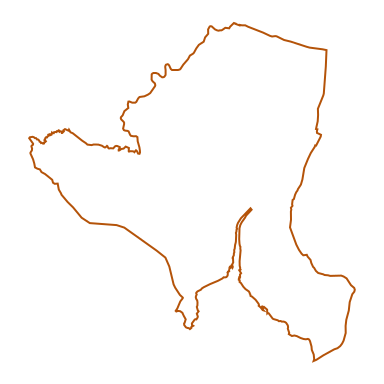 the district of Kota Gorontalo, Gorontalo, Indonesia
{"feature_id": "22746128B66202348563483", "entity_name": "Kota Gorontalo", "entity_type": "district", "adm_level": 2, "iso_a3": "IDN", "parent_name": "Indonesia", "parent_adm1": "Gorontalo", "projection": "albers", "projection_center": [123.046, 0.534], "detail": "fine", "context": "isolated", "style": "outline", "palette": "amber", "viewbox_px": 384, "rotation_deg": 0, "n_neighbors": 0, "source": "geoboundaries", "source_scale": "gbopen_adm2", "svg_char_len": 5939}
<svg xmlns="http://www.w3.org/2000/svg" viewBox="0 0 384 384"><path d="M233.9,23.0L230.1,26.7L229.2,28.3L225.3,27.8L222.2,30.0L221.2,30.4L220.0,30.3L218.7,30.7L217.2,30.4L215.0,29.4L211.7,26.4L210.5,26.2L209.7,26.5L208.1,29.4L208.2,33.8L205.1,37.4L203.7,41.7L198.9,44.8L196.3,48.4L193.9,52.8L193.0,53.7L189.9,55.6L188.0,59.2L183.3,64.6L180.4,69.0L179.8,69.5L178.0,70.0L172.0,70.0L170.8,69.0L169.2,65.5L168.4,64.5L167.7,64.2L166.0,64.7L165.5,65.5L165.2,66.9L165.6,70.0L165.6,74.3L165.5,75.1L164.3,76.8L163.4,77.2L162.2,77.3L159.9,75.7L158.4,73.9L156.0,73.0L153.4,73.0L152.3,73.6L151.7,74.3L151.6,79.7L152.6,81.3L154.9,83.4L155.3,85.2L155.0,86.2L150.2,93.1L148.0,94.6L144.4,96.3L139.5,97.0L138.2,98.4L136.3,101.9L135.2,102.7L132.3,102.7L129.4,101.5L128.4,101.6L127.8,104.5L128.3,108.0L124.4,111.1L122.7,115.3L120.9,117.3L120.8,118.4L121.2,119.4L123.7,121.9L124.1,122.7L124.1,124.2L123.1,128.6L123.9,130.1L125.1,130.6L127.6,130.9L128.6,131.4L130.1,134.8L130.9,135.8L133.5,136.3L136.1,136.2L137.4,137.1L137.7,141.3L139.4,147.3L139.9,150.6L140.0,152.5L139.5,153.8L138.1,153.6L137.0,151.2L136.0,150.3L134.4,152.2L133.7,151.5L132.7,151.3L130.6,151.2L129.0,151.6L128.7,151.2L128.9,148.0L125.7,146.6L123.6,148.6L121.3,149.0L119.4,150.4L118.7,150.5L118.6,149.9L119.8,147.6L119.8,147.1L117.2,146.0L116.1,145.9L115.1,146.3L113.2,148.4L110.6,148.2L109.0,148.5L108.3,148.0L107.4,146.2L107.0,145.9L105.8,147.1L105.0,147.5L104.0,147.1L101.9,145.7L98.3,144.6L93.7,144.5L91.6,145.1L87.4,144.6L85.8,143.1L82.2,140.7L72.7,133.2L70.5,132.3L69.0,129.7L68.6,130.7L65.0,129.1L63.5,130.2L63.9,131.3L62.2,133.0L61.9,133.0L61.9,131.5L60.8,131.6L60.1,131.2L59.5,131.8L59.0,131.3L58.9,130.4L58.6,130.3L57.8,131.2L57.0,131.1L56.5,132.1L55.8,131.9L54.2,132.2L53.8,133.2L53.2,133.2L52.9,132.8L52.2,133.4L51.9,133.0L51.6,134.6L50.8,135.0L50.4,134.6L50.2,135.2L49.8,135.3L49.4,134.3L48.3,134.7L48.6,135.8L47.4,136.5L47.2,137.3L46.2,137.2L46.0,137.7L45.3,138.1L45.2,139.0L44.6,139.5L44.5,140.3L45.2,140.5L45.9,141.3L45.0,142.2L44.0,142.6L44.0,143.0L43.6,142.8L43.3,143.0L43.0,143.6L41.6,142.8L41.0,143.0L40.6,142.1L39.6,141.7L39.3,140.8L38.5,139.8L37.8,139.4L37.1,139.5L36.0,138.1L34.9,138.1L34.0,137.3L32.6,136.8L29.8,137.3L29.2,138.2L33.1,143.7L33.0,144.7L31.7,145.6L31.4,146.3L32.1,148.6L31.9,150.4L30.9,151.9L30.4,152.9L30.5,153.6L33.1,159.4L34.3,163.6L35.0,167.4L37.4,168.7L39.9,169.4L41.5,172.1L45.0,174.0L52.2,179.8L53.0,182.7L54.7,183.8L57.7,183.6L58.8,189.6L61.1,193.5L61.4,194.6L67.7,202.1L73.1,207.4L81.6,217.7L89.8,223.1L116.6,225.1L124.3,227.6L156.6,250.6L165.4,257.6L169.3,266.5L173.6,284.4L175.2,287.7L179.9,294.9L182.8,297.6L182.7,298.3L180.3,301.4L177.3,308.5L175.7,310.9L176.3,311.5L177.9,310.9L180.2,311.2L182.4,312.8L183.3,314.9L182.9,315.2L183.3,315.0L185.7,319.3L184.6,322.9L184.1,323.4L184.2,325.0L185.9,327.3L187.5,328.0L188.8,328.1L189.9,329.1L191.3,328.0L191.2,327.4L191.4,326.9L193.2,325.8L192.0,325.0L191.9,323.4L194.7,319.6L195.4,319.2L196.4,319.4L197.6,317.5L197.8,316.4L196.8,313.7L198.6,311.3L197.8,310.4L196.8,306.9L197.4,305.5L197.5,302.4L197.2,300.4L196.4,299.3L195.8,297.6L195.9,296.3L196.7,294.5L196.2,293.4L196.3,292.7L197.5,291.4L200.9,289.7L201.8,288.5L203.8,287.2L210.1,284.1L218.0,280.8L222.5,278.4L223.6,277.3L225.0,277.4L226.4,277.1L227.4,275.9L227.7,275.1L227.9,271.7L228.7,271.2L228.4,271.6L228.9,271.5L229.7,270.6L229.3,270.9L229.0,270.5L229.3,269.5L229.9,269.3L229.4,269.3L229.4,268.8L229.5,267.5L230.0,266.6L231.3,266.0L231.3,267.2L230.2,268.5L231.5,267.1L231.5,266.0L232.0,265.8L232.6,267.4L232.8,266.9L231.8,265.2L233.1,264.4L231.8,265.1L233.2,262.5L233.0,258.1L232.7,258.1L232.7,257.5L233.8,255.3L233.9,253.2L234.3,252.4L234.2,249.9L234.7,248.7L235.1,244.9L235.7,242.7L235.9,241.5L236.2,234.7L235.9,232.9L236.4,231.6L236.6,229.3L237.1,228.9L236.6,227.5L237.2,224.9L238.0,222.9L240.9,218.3L250.5,208.3L251.6,209.7L246.1,215.6L245.0,217.7L241.7,222.3L240.3,225.1L239.5,228.2L239.2,239.2L239.5,243.8L239.9,245.9L240.4,246.7L240.3,248.7L240.6,250.3L239.6,261.2L239.7,265.8L240.2,267.9L240.1,269.6L240.4,269.8L239.8,270.4L239.5,270.0L239.2,270.2L241.1,273.2L240.0,274.5L240.1,277.2L239.6,278.0L239.6,277.2L239.3,277.1L239.0,278.2L239.5,278.3L239.5,278.8L238.8,279.8L239.7,280.6L239.6,282.0L240.9,283.0L243.3,286.7L245.5,289.1L248.8,291.4L249.6,292.7L249.8,293.8L250.3,294.3L250.5,295.9L252.0,296.6L255.6,299.8L258.6,303.8L259.0,305.2L258.7,305.8L260.6,307.4L262.7,310.1L263.6,310.4L261.2,307.5L262.2,306.4L262.8,306.6L263.8,307.6L264.2,307.1L267.1,309.6L267.3,313.3L267.7,312.9L268.7,313.3L272.6,318.5L273.3,319.0L277.8,320.3L278.9,321.2L280.7,321.0L281.7,321.6L283.7,321.6L284.9,322.0L286.1,322.8L287.8,325.4L288.1,327.2L287.8,328.6L289.2,332.8L288.8,334.1L291.9,336.0L294.4,335.5L296.8,336.1L300.6,338.0L303.6,339.0L305.9,339.3L307.9,338.9L309.1,339.5L310.0,341.1L311.5,346.5L311.8,349.9L313.7,354.5L314.2,359.2L313.6,361.0L316.4,359.8L323.4,355.3L331.2,351.0L334.3,349.3L337.5,348.2L340.2,346.1L342.1,343.6L343.6,340.6L345.7,333.0L345.6,325.9L346.3,319.8L348.8,310.5L349.7,302.1L352.3,294.2L354.3,291.7L354.8,289.7L354.2,287.9L351.0,285.2L346.6,278.4L343.6,276.5L341.2,275.6L330.2,275.9L328.1,275.3L324.6,275.0L323.2,274.3L318.2,273.0L315.9,270.9L314.1,267.8L313.1,266.9L311.3,263.0L310.5,259.9L307.6,256.6L306.8,254.8L303.3,255.3L301.6,253.7L299.0,249.9L296.3,244.6L290.0,227.4L291.0,219.8L290.9,211.5L291.3,209.6L290.9,207.8L292.5,205.8L292.1,204.3L292.6,200.0L293.9,199.0L295.1,194.7L296.3,192.1L297.5,190.5L297.9,189.2L300.9,184.6L302.4,179.5L304.3,168.0L308.0,158.9L310.8,153.0L314.7,146.9L315.2,145.4L316.1,145.6L320.7,136.6L321.0,134.8L317.0,132.9L316.9,131.2L317.4,129.3L316.0,129.0L317.7,121.3L318.1,115.0L317.9,108.8L323.3,95.4L323.8,93.5L325.8,66.7L326.5,50.1L322.6,49.3L309.6,47.6L306.7,46.8L290.7,41.6L284.1,40.0L276.6,36.3L275.3,36.1L272.1,36.5L270.1,35.9L263.1,32.6L248.2,26.8L245.2,25.3L241.8,25.3L239.7,24.9L239.6,25.4L235.5,23.9L235.6,23.6L233.9,23.0Z" fill="none" stroke="#b45309" stroke-width="2"/></svg>